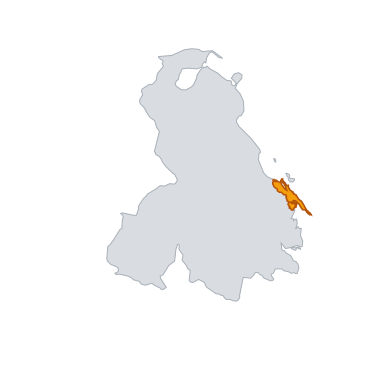 location of Sucre within Venezuela, rotated 53°
{"feature_id": "VEN-49", "entity_name": "Sucre", "entity_type": "State", "adm_level": 1, "iso_a3": "VEN", "parent_name": "Venezuela", "parent_adm1": "", "projection": "albers", "projection_center": [-63.33, 10.402], "detail": "fine", "context": "in_parent", "style": "filled", "palette": "amber", "viewbox_px": 384, "rotation_deg": 53, "n_neighbors": 0, "source": "natural_earth", "source_scale": "10m", "svg_char_len": 8938}
<svg xmlns="http://www.w3.org/2000/svg" viewBox="0 0 384 384"><g transform="rotate(53 192 192)"><path d="M316.8,152.2L320.3,156.8L320.0,157.9L317.8,159.1L316.6,161.7L313.8,162.9L310.0,166.1L307.5,166.4L303.6,171.8L305.8,175.9L305.3,178.0L306.3,179.0L310.8,179.1L311.2,180.2L310.7,181.9L309.9,183.0L303.7,186.5L300.8,186.1L299.5,187.2L295.6,188.0L294.5,190.0L295.5,192.7L296.0,197.1L291.0,202.5L303.5,216.5L304.9,217.2L306.2,220.4L305.8,222.4L303.6,224.6L300.5,226.3L298.6,229.2L296.7,229.8L293.3,229.6L291.6,231.2L289.5,231.8L288.0,234.0L276.5,237.7L271.6,236.6L265.8,239.3L264.8,245.8L263.0,247.4L260.8,247.4L253.7,240.7L250.1,241.6L247.6,240.7L240.5,241.0L237.2,237.2L229.8,236.9L227.0,234.3L225.8,234.3L225.2,235.1L228.1,239.3L236.7,247.5L236.7,254.8L240.7,264.9L240.0,268.1L242.3,269.1L252.7,269.9L252.6,273.5L251.3,275.1L249.2,275.4L243.9,278.1L240.7,279.0L238.6,284.9L236.9,286.6L234.9,288.0L231.4,288.0L226.6,291.8L224.9,291.7L220.9,293.6L214.3,299.0L212.1,302.4L210.5,302.4L211.2,299.5L210.4,297.9L208.8,297.1L207.4,296.9L205.6,297.7L200.7,300.5L196.0,301.1L193.5,299.8L184.9,292.1L184.8,289.5L182.9,283.4L178.6,272.0L178.7,269.8L171.9,264.0L170.9,262.1L168.1,261.3L166.3,262.0L166.8,260.1L176.2,252.0L177.0,250.3L173.5,245.0L171.5,243.5L170.4,241.6L168.1,235.2L167.6,230.3L166.8,229.3L168.0,217.4L167.6,214.7L168.3,212.7L170.1,211.4L171.2,209.3L171.4,206.4L172.5,204.0L174.5,202.2L175.2,200.4L174.4,197.4L172.8,196.2L167.2,195.2L165.7,196.1L155.5,197.6L150.4,197.5L146.6,196.7L143.6,196.9L140.2,198.4L138.5,197.5L137.2,197.9L124.1,181.7L119.1,181.3L112.5,178.9L107.2,180.6L105.0,180.7L95.6,179.5L90.4,180.2L88.3,179.4L86.8,178.1L84.6,172.8L81.1,171.8L79.7,169.7L80.4,161.2L82.2,159.0L81.6,155.1L81.2,153.3L76.6,148.4L74.4,139.1L71.3,138.5L70.4,136.5L69.5,136.1L66.9,137.3L64.2,137.7L63.7,137.2L70.8,125.9L73.8,112.6L77.4,106.0L82.1,100.8L85.9,99.4L91.6,90.5L103.7,87.1L100.5,89.7L93.3,91.3L91.6,92.3L91.7,95.3L93.7,99.7L97.2,103.2L95.6,103.5L96.2,106.6L97.9,108.7L98.0,110.0L96.5,114.1L90.9,120.4L87.7,125.9L89.9,129.3L90.2,131.0L94.1,135.3L93.7,137.0L95.4,140.4L98.2,140.9L103.9,138.9L106.9,135.4L107.7,128.6L107.2,126.1L104.0,120.1L101.7,117.7L99.8,112.5L99.0,107.7L100.6,106.7L100.5,104.2L104.3,103.6L112.8,99.8L118.0,98.9L123.9,96.9L126.5,94.2L127.5,94.0L130.5,95.7L132.0,95.1L132.7,93.9L131.9,91.3L124.8,92.1L123.1,87.1L124.8,83.0L128.6,81.6L131.2,84.0L132.9,91.3L135.3,95.1L142.8,94.5L150.4,96.3L158.4,101.6L160.7,107.1L159.7,108.4L160.2,110.7L161.3,113.1L163.1,114.5L168.1,115.0L184.8,112.6L198.8,112.3L201.5,113.4L201.7,115.4L206.2,119.6L219.8,123.2L225.1,122.7L237.6,115.9L244.3,116.1L246.3,115.0L243.8,114.0L238.2,113.6L236.5,114.3L235.6,112.5L243.6,111.9L250.7,112.3L256.5,111.1L261.1,111.1L265.7,110.3L274.4,111.2L281.2,110.4L280.4,111.6L274.5,112.5L271.8,114.2L265.9,113.9L261.7,114.5L263.0,114.9L263.0,116.7L264.2,117.0L266.0,119.1L266.5,120.9L265.0,123.6L266.7,123.3L267.6,122.4L267.6,120.5L268.6,120.8L273.0,128.8L274.8,126.9L276.1,128.1L276.1,125.0L277.5,125.1L280.7,127.1L284.0,131.7L283.4,128.2L286.1,128.1L286.8,126.6L292.1,131.6L297.7,133.0L301.9,136.8L301.0,138.6L298.6,139.6L297.6,140.8L295.7,146.7L293.4,151.4L286.3,151.5L292.3,155.1L294.4,153.6L297.4,153.5L301.9,151.5L308.0,152.3L310.6,150.7L313.9,150.9L316.8,152.2ZM244.1,103.0L244.7,105.5L242.8,107.6L240.2,107.7L238.2,106.3L237.1,106.6L233.6,105.8L234.7,104.5L237.2,103.8L239.1,105.4L240.7,105.4L241.1,104.2L243.2,102.3L244.1,103.0ZM300.7,144.7L296.9,146.7L296.7,144.7L299.6,142.4L300.9,143.8L300.7,144.7ZM218.4,107.2L217.3,107.6L214.6,106.6L215.2,105.9L216.7,105.9L218.4,107.2ZM301.4,141.0L299.1,141.7L299.8,140.3L302.1,139.5L303.0,139.8L301.4,141.0Z" fill="#d9dde1" stroke="#a8b0b8" stroke-width="1"/><path d="M231.1,119.8L231.4,119.8L231.8,120.0L232.3,119.9L232.9,119.4L233.5,119.2L233.8,119.0L234.1,118.9L234.1,118.7L233.5,118.8L233.0,118.8L232.6,118.6L232.3,118.4L232.6,118.3L232.9,118.4L233.1,118.5L233.3,118.4L233.7,118.1L234.0,118.1L234.0,117.8L234.0,117.7L233.6,117.5L233.6,117.4L234.0,117.2L234.2,117.3L234.3,117.6L234.3,117.9L234.3,118.2L234.6,118.0L234.8,117.7L234.8,117.2L235.6,116.9L236.5,116.6L237.2,116.2L237.4,115.9L237.5,115.7L238.1,115.4L238.5,115.5L238.8,115.5L239.0,115.6L239.9,116.0L240.2,116.1L240.7,116.1L241.1,116.1L242.3,115.8L242.7,115.9L243.4,116.1L243.8,116.1L244.6,116.1L247.2,115.5L247.7,115.2L247.3,115.1L246.8,115.2L246.3,115.1L245.8,114.9L245.5,114.6L244.5,114.1L244.1,114.0L243.1,114.0L242.6,113.9L242.2,113.7L241.8,113.5L241.3,113.5L240.3,113.7L240.6,113.3L240.3,113.4L240.1,113.5L239.8,113.7L239.6,113.8L238.3,113.7L238.0,113.7L237.4,114.1L237.1,114.2L237.0,114.7L236.8,114.8L236.5,114.7L236.4,114.4L236.3,114.1L236.3,113.9L236.2,113.5L235.8,113.1L235.6,112.8L235.7,112.4L235.9,112.3L236.0,112.2L236.1,111.8L236.4,112.1L236.7,112.3L237.5,112.4L237.7,112.5L238.2,112.8L238.5,112.8L239.8,112.2L240.0,112.2L240.3,112.2L240.5,112.4L242.4,112.4L242.8,112.6L243.1,112.4L243.8,112.3L244.1,112.2L244.3,112.0L244.4,111.7L244.6,111.4L244.6,111.0L244.8,111.0L245.0,111.4L245.3,111.7L245.8,111.9L247.8,112.4L249.6,112.6L250.0,112.6L250.8,112.1L251.3,111.9L251.6,112.1L251.8,111.8L252.0,111.8L252.4,111.9L252.5,111.8L252.7,111.4L252.8,111.3L253.0,111.5L253.3,111.4L253.4,111.5L253.7,111.8L253.8,111.5L254.1,111.6L254.4,111.7L254.7,111.8L254.7,111.7L254.8,111.6L255.0,111.5L255.3,111.6L255.5,111.5L256.8,110.6L257.0,110.6L257.1,110.9L257.3,111.0L257.5,111.1L257.9,111.1L258.0,111.0L258.2,110.8L258.5,111.0L259.8,110.8L260.2,110.9L261.0,111.2L261.4,111.3L261.9,111.2L262.7,110.9L263.3,110.8L265.4,110.1L265.6,110.1L266.1,110.3L266.3,110.3L266.5,110.3L266.9,110.4L268.7,110.4L271.4,110.9L273.8,111.2L275.1,111.3L275.7,111.5L276.0,111.5L276.3,111.4L276.8,111.0L277.0,110.9L278.3,110.9L278.8,110.8L279.3,110.5L279.5,110.8L280.0,110.6L280.2,110.8L280.5,110.6L281.0,110.4L281.5,110.3L281.8,110.4L281.5,110.5L281.3,110.8L281.1,111.0L281.2,111.5L280.9,111.4L280.7,111.5L280.1,111.9L279.8,112.1L279.7,112.1L279.4,112.1L279.2,112.1L278.9,112.3L277.7,112.4L277.3,112.5L275.7,112.3L274.4,112.4L274.2,112.5L273.9,112.8L273.0,114.1L272.6,114.5L272.2,114.4L271.8,114.2L271.4,114.2L271.1,114.3L270.6,114.4L270.4,114.3L270.0,114.2L269.8,114.1L269.7,114.1L269.3,114.2L269.1,114.2L268.7,114.2L267.5,113.9L266.5,113.8L262.0,114.4L261.5,114.5L261.3,114.7L261.1,115.0L260.7,115.4L260.2,115.7L259.9,115.8L259.9,116.0L260.5,115.7L261.5,114.9L262.1,114.5L262.8,114.5L263.1,114.9L263.1,115.4L263.1,115.9L263.2,116.5L263.3,116.9L263.2,117.0L262.7,117.2L262.4,117.1L262.2,116.8L260.8,116.7L260.2,116.9L260.0,117.3L260.1,117.2L260.5,117.0L260.6,117.5L260.9,117.8L260.7,118.0L260.4,118.3L260.1,118.5L260.5,118.7L260.4,118.9L260.2,119.1L260.0,119.4L261.1,119.3L261.4,119.2L261.5,118.9L261.1,118.1L261.2,117.7L260.9,117.3L261.0,117.1L261.2,116.9L261.5,116.9L261.8,117.1L262.4,117.6L262.5,117.4L262.9,117.4L263.1,117.3L263.7,117.0L263.8,116.9L264.2,117.0L264.5,117.1L264.9,117.3L265.1,117.4L265.1,117.6L265.1,117.9L265.2,118.1L265.3,118.2L265.8,118.5L266.0,118.8L266.2,119.0L266.3,119.4L266.4,119.8L266.2,120.4L266.2,120.6L266.4,121.0L266.5,121.2L266.7,121.3L266.8,121.4L266.9,121.7L267.1,122.1L267.1,122.5L266.9,122.8L266.6,123.1L266.3,123.2L266.1,123.2L265.7,123.3L265.3,123.3L265.1,123.2L264.9,123.1L264.6,123.0L264.3,123.0L264.0,123.1L263.9,123.4L263.9,123.6L263.6,123.8L263.4,123.9L263.2,123.4L262.9,123.1L262.4,123.4L262.1,123.4L262.0,123.2L262.1,122.8L261.9,122.7L261.6,122.8L261.4,122.9L261.3,123.1L261.3,122.9L261.1,122.7L260.8,122.6L260.5,122.8L260.3,122.8L259.8,122.7L259.8,122.8L259.5,122.7L259.3,122.5L259.3,122.4L259.1,122.0L259.1,121.6L258.9,121.2L258.6,121.0L258.4,121.2L258.2,121.2L258.0,120.9L257.9,120.8L257.9,120.7L258.0,120.5L257.2,120.9L257.0,121.1L256.7,121.4L256.5,121.5L256.2,121.4L256.1,121.2L255.9,121.0L255.5,121.0L255.3,120.9L255.2,120.9L255.1,120.7L254.0,120.5L253.9,120.5L253.9,120.4L253.8,120.2L253.6,120.1L253.1,120.1L252.9,120.0L252.8,119.9L252.7,119.9L252.5,119.7L252.4,119.7L252.5,119.4L252.4,119.2L252.0,119.1L251.9,119.1L251.7,119.0L251.5,118.8L251.5,118.7L251.3,118.6L251.1,118.7L250.7,118.8L250.2,119.1L250.0,119.3L249.9,119.5L249.8,120.1L249.7,120.2L249.6,120.3L249.3,120.3L248.8,120.5L248.3,120.6L247.7,120.5L246.8,120.7L246.4,120.7L246.1,120.8L245.8,121.0L245.6,121.3L245.0,122.2L244.4,122.5L242.4,123.1L242.2,123.1L241.8,122.6L241.6,122.5L240.7,122.2L240.3,122.2L240.1,122.5L239.4,122.8L238.3,123.1L237.1,123.3L236.5,123.3L236.3,123.2L236.1,123.1L235.6,122.8L235.4,122.7L234.9,122.8L234.6,122.8L234.4,122.8L233.9,122.5L233.7,122.4L233.6,122.2L233.4,122.0L233.2,122.0L233.0,121.9L232.9,121.8L232.9,121.6L232.9,121.3L232.9,121.1L232.8,120.9L232.6,120.8L231.8,120.5L231.5,120.4L231.3,120.1L231.1,119.8ZM266.4,117.6L266.5,117.8L266.7,118.1L266.7,118.4L266.5,118.7L266.4,118.7L266.3,118.3L266.0,118.0L265.9,117.9L265.6,117.5L265.0,117.1L264.4,116.8L264.1,116.4L264.0,116.1L264.0,115.7L264.1,115.4L264.2,115.2L264.3,115.2L264.9,115.8L265.3,116.5L266.4,117.6Z" fill="#f59e0b" stroke="#b45309" stroke-width="1.5"/></g></svg>